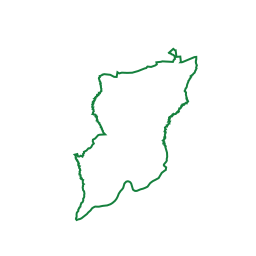 outline of Federación, Entre Ríos, Argentina, rotated 51°
{"feature_id": "61730980B83498212495983", "entity_name": "Federación", "entity_type": "district", "adm_level": 2, "iso_a3": "ARG", "parent_name": "Argentina", "parent_adm1": "Entre Ríos", "projection": "equal_earth", "projection_center": [-58.107, -30.745], "detail": "fine", "context": "isolated", "style": "outline", "palette": "green", "viewbox_px": 256, "rotation_deg": 51, "n_neighbors": 0, "source": "geoboundaries", "source_scale": "gbopen_adm2", "svg_char_len": 5843}
<svg xmlns="http://www.w3.org/2000/svg" viewBox="0 0 256 256"><g transform="rotate(51 128 128)"><path d="M167.2,225.8L167.6,224.4L168.5,222.6L168.9,220.9L169.0,214.0L168.6,212.0L168.5,209.0L167.8,206.4L168.0,204.6L168.4,203.0L170.8,200.2L172.6,196.7L175.1,192.8L176.2,189.6L176.5,187.2L176.4,184.0L175.8,181.5L174.8,179.2L173.2,176.4L172.3,173.5L172.0,171.2L171.5,169.4L168.9,165.7L168.6,163.1L169.2,161.8L169.7,161.3L170.9,160.6L171.7,160.4L173.2,160.5L179.0,162.9L180.9,162.4L181.9,161.5L182.5,160.5L183.5,157.0L184.7,154.3L185.4,152.0L185.9,149.7L184.8,145.6L184.8,143.6L185.0,141.5L185.3,140.4L186.2,135.7L184.1,130.0L184.2,126.2L184.4,125.1L182.6,123.1L180.3,123.7L179.3,123.5L178.9,122.9L178.2,119.3L177.6,118.2L176.5,117.5L175.1,115.7L171.7,113.2L166.2,110.9L166.1,110.3L165.6,110.1L164.5,110.5L163.9,110.4L163.6,110.1L163.6,109.5L162.9,109.1L162.5,109.3L162.1,110.1L161.6,109.5L161.4,108.8L161.0,109.0L160.3,108.6L159.7,108.8L159.6,107.7L160.0,107.7L159.7,106.8L159.1,106.6L158.2,105.8L159.0,105.2L158.5,104.7L157.8,104.7L157.6,104.3L156.6,103.8L155.9,103.0L155.9,102.6L155.4,101.9L155.0,101.8L155.1,101.5L154.7,101.3L154.1,101.9L153.7,101.8L153.7,101.3L152.9,100.6L152.9,100.1L152.4,99.5L152.5,99.4L152.0,99.3L151.8,99.5L150.9,99.0L150.9,97.2L151.4,96.7L150.8,95.9L150.4,95.9L150.7,95.0L150.3,94.0L150.3,93.2L150.5,93.0L149.7,92.5L149.5,92.0L149.3,92.1L149.0,91.8L149.4,91.5L149.3,91.3L149.0,91.6L148.6,91.6L148.7,91.9L148.5,92.0L148.3,91.8L148.2,92.2L148.0,91.8L148.3,91.3L147.3,91.2L147.3,90.8L146.8,90.4L147.1,90.4L147.2,89.7L145.7,88.4L146.0,87.5L145.8,87.2L146.0,86.8L146.6,86.7L146.5,85.9L146.3,85.4L145.7,85.4L145.5,85.1L145.6,84.4L145.6,84.2L146.2,84.4L146.3,84.2L146.2,83.7L146.5,83.0L147.1,82.2L147.0,81.3L146.7,81.0L146.9,80.4L146.5,79.9L146.5,79.6L147.0,79.9L147.4,78.9L147.2,78.1L146.9,78.1L146.6,78.3L146.2,77.6L145.9,76.5L145.6,76.5L145.0,75.8L145.4,75.2L145.6,75.1L145.7,74.6L145.4,74.0L145.2,73.2L144.6,73.1L144.4,72.7L144.7,72.6L144.5,72.3L144.9,71.9L144.8,71.4L144.5,71.4L144.4,70.7L144.1,70.7L144.4,69.9L145.1,70.1L145.3,69.7L145.1,69.0L144.7,69.1L144.7,68.5L144.4,68.1L144.9,68.4L144.9,66.8L145.7,66.7L145.5,66.3L145.3,66.3L145.2,64.6L143.8,64.2L143.5,64.4L143.0,64.1L142.8,64.4L142.5,64.3L142.4,64.0L141.9,64.0L141.7,63.4L141.2,63.5L140.1,62.7L138.6,62.1L137.0,60.6L136.4,60.5L135.4,60.8L134.9,60.7L134.7,60.0L134.1,59.2L133.5,58.3L133.5,57.6L133.1,56.6L131.4,54.6L129.9,51.8L129.5,51.6L129.2,50.2L128.7,49.4L128.7,48.4L127.9,47.5L128.0,46.9L127.2,46.6L127.5,46.0L127.1,45.7L127.3,44.1L126.9,42.7L127.0,41.7L126.5,40.6L125.9,39.8L125.8,39.1L125.2,38.4L124.9,37.3L123.9,37.0L123.3,36.0L122.8,35.6L122.6,35.0L120.6,34.5L119.8,33.9L119.3,33.8L118.6,32.8L118.2,32.7L117.6,31.7L115.7,30.2L114.7,31.8L111.1,44.1L110.7,44.9L110.0,45.8L109.9,45.3L105.4,42.4L103.2,45.6L97.8,42.2L97.7,42.5L95.0,43.0L95.3,48.9L95.7,48.9L97.3,47.7L98.0,47.8L99.7,46.8L101.0,46.6L102.0,46.7L102.6,47.2L103.0,47.7L103.9,48.0L103.9,49.6L104.9,51.5L97.8,59.4L97.3,60.7L94.8,64.6L96.7,65.6L96.5,67.6L95.1,71.6L92.5,74.2L92.9,76.1L92.2,77.5L90.1,84.3L87.7,89.9L84.7,93.9L81.1,98.0L80.0,100.5L78.0,101.1L81.2,104.7L79.5,106.6L75.5,108.3L71.1,112.7L70.7,114.1L70.4,114.3L70.5,115.0L70.2,116.4L69.8,117.3L70.8,117.9L70.7,118.9L71.1,119.4L73.6,120.4L74.1,120.4L74.2,120.7L75.4,120.7L75.9,121.3L76.2,121.3L76.2,121.7L76.7,121.7L76.9,122.2L77.9,122.3L78.4,122.9L78.9,123.0L79.8,123.8L80.8,124.0L81.9,125.2L82.2,125.2L82.4,125.7L82.6,125.7L82.6,126.3L82.9,127.4L82.8,127.8L83.0,127.9L82.7,128.2L83.2,128.3L83.4,128.6L83.3,129.2L82.9,129.3L83.1,129.7L83.1,130.3L83.8,130.5L83.5,131.2L83.7,131.3L83.8,131.6L83.2,131.7L83.8,132.4L83.8,133.1L83.6,133.4L83.8,133.7L83.7,134.3L84.0,134.4L84.0,135.1L84.4,135.1L84.3,135.4L84.8,135.2L84.9,135.9L85.2,136.1L85.1,136.4L85.3,136.9L85.7,136.9L85.9,137.5L85.6,137.8L86.3,138.5L85.6,138.6L85.6,138.9L86.2,139.1L86.3,139.6L86.9,139.6L87.5,140.4L87.4,140.7L87.7,140.7L87.6,141.1L88.2,141.3L88.6,141.9L88.9,142.0L89.1,142.6L89.7,142.6L90.0,142.3L90.1,142.8L90.7,143.1L91.3,143.0L91.6,143.1L91.5,143.5L92.0,143.4L93.5,144.1L93.6,144.8L94.0,145.6L94.8,145.9L94.9,146.7L95.9,146.0L96.3,146.0L97.0,145.0L97.5,144.9L97.9,144.4L97.9,144.2L98.4,145.4L98.7,144.9L99.2,145.2L99.6,145.1L99.7,145.6L100.1,145.4L100.6,145.8L100.6,146.1L101.2,146.2L101.7,146.6L102.3,147.4L102.5,147.1L102.7,147.4L103.1,147.2L103.7,147.6L104.0,147.3L104.3,147.5L105.2,147.3L105.6,147.5L106.2,147.2L106.6,147.7L108.0,147.6L108.6,148.0L109.7,148.0L110.3,148.7L110.8,148.4L111.0,148.6L111.6,148.5L112.3,149.0L112.5,148.8L113.2,149.1L113.9,149.5L114.4,149.3L115.0,149.8L116.3,150.0L118.6,149.8L115.3,154.4L114.8,155.7L115.5,160.1L115.0,162.6L116.2,163.8L118.6,164.4L118.6,166.0L119.7,168.6L119.7,170.6L118.9,171.5L119.4,174.5L118.8,177.3L119.8,177.9L119.9,179.3L121.0,179.8L121.0,180.2L121.6,181.4L119.8,182.1L119.6,183.7L118.6,184.7L116.3,183.8L115.2,186.2L116.9,186.1L117.2,186.4L117.5,186.9L118.0,187.3L118.4,187.2L118.6,187.6L119.1,187.9L120.3,187.7L120.7,188.0L121.0,187.8L121.4,188.2L122.0,187.9L122.6,188.1L123.2,188.1L123.6,188.6L124.2,188.5L124.4,188.8L124.7,188.6L125.0,189.2L125.4,189.4L125.3,189.8L125.7,190.1L126.4,190.1L127.3,189.6L127.5,190.5L127.8,190.5L128.3,191.1L129.3,191.0L130.0,191.2L130.3,191.7L130.9,191.7L131.5,193.2L132.3,193.4L132.8,194.4L133.4,194.4L133.7,195.0L134.6,194.5L135.4,194.9L135.9,195.6L137.4,195.6L137.2,196.4L137.3,196.6L138.0,196.5L138.0,195.9L138.3,195.8L139.4,196.0L140.2,195.6L140.7,196.5L142.8,198.0L143.8,197.7L143.8,198.2L144.5,199.4L145.1,199.7L145.2,200.1L145.6,200.6L148.1,202.0L149.6,202.0L151.8,203.3L152.3,204.1L153.8,205.2L154.4,206.1L154.7,207.3L156.2,208.4L157.1,210.1L156.9,211.4L158.2,213.5L159.2,214.5L159.2,216.0L159.8,216.5L159.9,217.4L160.3,218.2L161.2,218.8L161.6,221.0L162.6,222.2L164.8,223.9L165.1,224.7L165.9,225.7L167.2,225.8Z" fill="none" stroke="#15803d" stroke-width="2"/></g></svg>